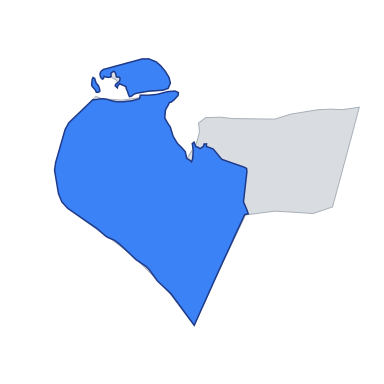 location of Al Jahrah within Kuwait, rotated 286°
{"feature_id": "KWT-1667", "entity_name": "Al Jahrah", "entity_type": "Province", "adm_level": 1, "iso_a3": "KWT", "parent_name": "Kuwait", "parent_adm1": "", "projection": "equal_earth", "projection_center": [47.841, 29.537], "detail": "fine", "context": "in_parent", "style": "filled", "palette": "blue", "viewbox_px": 384, "rotation_deg": 286, "n_neighbors": 0, "source": "natural_earth", "source_scale": "10m", "svg_char_len": 2819}
<svg xmlns="http://www.w3.org/2000/svg" viewBox="0 0 384 384"><g transform="rotate(286 192 192)"><path d="M319.6,329.4L296.3,329.9L267.0,330.4L243.3,330.8L216.4,331.2L204.7,314.3L200.7,295.8L196.4,276.8L184.7,249.8L145.4,243.2L124.5,239.8L90.2,234.6L64.4,230.8L86.2,201.7L96.3,186.1L114.6,152.3L124.0,128.2L133.1,101.6L140.9,80.9L142.6,77.1L147.1,70.0L157.1,62.9L171.4,56.1L195.8,53.1L212.9,53.0L216.8,53.3L227.6,56.6L257.4,73.3L256.8,79.8L261.0,99.3L270.6,120.7L278.4,138.0L279.4,146.1L272.2,144.9L266.7,141.6L256.3,138.2L236.0,161.2L223.7,173.7L223.4,178.0L239.7,182.8L251.7,182.7L260.1,179.3L267.2,184.6L271.8,198.9L273.7,210.4L284.9,251.6L294.1,265.5L305.7,290.1L310.0,302.9L312.5,313.6L319.6,329.4ZM297.0,136.9L289.4,140.8L284.2,139.1L279.3,129.6L271.1,105.9L275.5,97.0L275.4,93.2L276.2,90.4L278.7,88.5L281.4,77.4L284.8,74.0L290.5,81.5L306.6,108.8L306.5,119.9L305.6,124.4L297.0,136.9Z" fill="#d9dde1" stroke="#a8b0b8" stroke-width="1"/><path d="M217.0,52.8L224.6,54.5L253.4,71.3L254.3,74.2L255.7,76.9L257.0,80.4L257.6,84.1L257.6,90.7L258.0,94.9L259.7,100.8L263.2,109.3L267.3,115.8L270.8,115.6L273.1,123.6L276.2,131.5L281.8,140.9L284.4,147.9L283.8,151.5L280.9,152.0L275.4,149.2L272.6,147.2L271.8,145.6L269.1,145.2L265.9,144.4L263.5,143.9L255.7,145.4L251.8,149.3L248.4,153.3L240.2,158.6L234.6,164.7L231.7,170.1L228.9,174.4L222.8,177.7L222.2,180.5L221.0,183.2L223.9,183.5L228.9,182.5L232.6,181.6L235.5,180.3L238.6,178.9L240.5,180.2L236.7,183.2L236.7,185.3L235.9,187.8L239.1,190.4L241.4,190.4L241.5,190.4L241.6,191.0L242.3,192.7L239.8,193.2L239.2,200.5L231.6,211.6L230.2,235.6L229.7,238.0L226.6,239.2L196.7,244.2L190.2,249.5L186.5,252.1L184.8,248.9L184.7,248.8L177.3,247.7L164.0,245.6L150.7,243.6L137.4,241.5L124.1,239.5L109.2,237.3L94.3,235.2L79.4,233.0L64.5,230.9L68.4,225.8L88.6,199.6L97.0,183.2L105.6,172.3L107.6,168.8L111.6,156.7L121.6,137.5L124.2,130.9L124.5,129.1L125.1,123.7L125.8,121.2L130.7,110.6L142.0,77.1L146.6,69.6L153.6,64.1L175.0,53.9L182.7,52.8L217.0,52.8ZM307.2,121.7L304.7,127.1L300.6,133.1L295.8,138.3L290.8,141.2L289.9,141.1L285.0,140.5L281.8,135.9L277.2,123.0L271.6,111.4L270.8,110.3L270.1,109.3L267.4,107.4L266.4,105.6L269.0,103.5L270.5,102.6L273.4,100.2L274.9,99.8L275.3,98.7L276.1,92.6L274.0,91.6L272.9,91.4L271.6,91.5L272.9,88.9L274.8,89.1L278.0,91.5L279.5,91.8L281.4,91.6L282.4,90.4L281.7,87.7L284.1,86.4L286.0,85.0L286.5,83.4L284.4,81.7L282.9,81.5L281.1,82.4L279.8,81.7L279.3,80.5L278.9,78.7L278.8,76.8L278.9,75.6L276.6,75.6L276.3,75.3L275.8,74.8L276.3,73.5L278.0,72.0L279.9,71.1L281.8,71.0L283.6,71.7L285.4,73.1L306.1,107.3L308.1,113.8L307.2,121.7ZM270.7,69.5L269.9,70.4L268.6,72.4L268.0,73.1L264.4,75.4L263.4,75.6L262.4,74.9L261.7,73.7L261.5,72.5L263.3,71.1L266.1,66.8L267.5,65.9L272.7,65.0L274.8,65.3L274.4,67.1L270.7,69.5Z" fill="#3b82f6" stroke="#1e3a8a" stroke-width="1.5"/></g></svg>